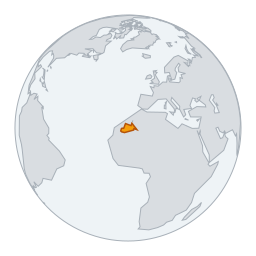 the Earth from above Tiris Zemmour, rotated 20°
{"feature_id": "MRT-2783", "entity_name": "Tiris Zemmour", "entity_type": "Region", "adm_level": 1, "iso_a3": "MRT", "parent_name": "Mauritania", "parent_adm1": "", "projection": "orthographic", "projection_center": [-9.84, 24.319], "detail": "fine", "context": "on_globe", "style": "filled", "palette": "amber", "viewbox_px": 256, "rotation_deg": 20, "n_neighbors": 0, "source": "natural_earth", "source_scale": "10m", "svg_char_len": 10042}
<svg xmlns="http://www.w3.org/2000/svg" viewBox="0 0 256 256"><g transform="rotate(20 128 128)"><circle cx="128" cy="128" r="113" fill="#eef3f6" stroke="#a8b0b8"/><path d="M52.7,44.2L59.9,38.5L57.3,40.6L60.0,38.6L63.4,36.0L64.9,34.8L78.8,27.1L90.8,21.7L91.9,21.3L92.9,21.0L93.8,20.7L94.0,20.6L104.9,17.8L103.8,18.0L104.7,17.9L107.6,17.2L110.8,16.7L106.5,17.6L111.7,16.9L108.3,18.3L95.5,22.3L94.9,23.9L85.2,30.4L87.4,30.0L85.2,32.6L86.9,33.1L84.6,34.5L88.0,33.7L89.7,32.4L91.8,31.7L92.9,32.0L90.2,33.7L89.2,33.8L89.1,34.5L87.2,35.3L88.8,35.0L85.4,37.3L90.5,35.6L89.2,37.8L86.4,39.1L84.5,38.3L73.5,40.5L70.1,42.2L67.3,45.1L66.6,51.8L63.8,54.2L61.7,57.9L64.2,56.7L66.8,53.4L71.0,52.5L73.7,48.9L75.7,48.2L79.4,45.1L81.2,46.4L80.9,49.5L78.0,52.2L77.8,53.8L82.5,52.1L78.8,58.4L79.6,65.0L78.4,66.8L72.7,68.1L67.9,65.5L60.4,68.4L67.6,67.5L64.5,72.4L64.9,73.8L66.5,74.3L68.6,73.0L68.0,75.0L60.7,76.3L61.1,74.5L63.4,74.0L61.1,72.9L56.2,74.4L55.0,77.1L48.8,77.4L47.9,79.5L46.0,80.9L47.9,77.5L44.4,83.7L36.9,87.0L31.9,98.3L34.2,87.9L33.5,85.4L32.2,83.6L31.3,85.3L30.7,81.3L28.1,82.6L24.0,90.3L21.6,97.9L22.6,101.2L24.3,98.4L25.8,99.9L21.6,108.3L23.8,113.6L21.8,120.8L22.0,125.8L23.8,126.7L25.5,130.5L27.8,127.5L31.0,127.2L29.9,133.4L32.5,129.0L33.7,133.1L40.7,136.9L39.9,138.1L45.7,148.6L53.6,155.1L55.4,160.3L54.3,162.7L57.4,164.6L57.5,166.4L71.5,173.2L79.9,179.5L80.5,185.5L75.1,190.8L74.0,203.2L65.4,204.4L65.7,208.9L63.5,213.5L57.9,210.7L62.2,215.0L61.3,215.8L58.4,214.4L60.2,216.5L58.2,215.3L61.2,217.7L61.5,218.8L65.6,221.7L66.2,222.2L55.3,214.0L53.9,212.8L47.5,206.3L44.4,201.7L35.9,184.3L33.4,179.7L28.3,172.1L21.8,153.7L22.3,148.7L21.5,144.9L24.3,139.0L24.4,130.1L23.6,127.9L22.3,130.0L20.4,121.5L20.9,114.0L21.3,93.0L22.6,88.7L24.7,83.7L35.5,63.7L25.9,80.5L27.7,76.8L31.7,69.6L36.3,62.7L41.3,56.1L46.8,49.9L52.7,44.2ZM30.2,101.8L32.8,111.3L29.8,109.5L30.7,109.0L30.3,105.8L29.2,101.8L27.0,100.8L30.2,101.8ZM34.6,97.6L34.0,96.5L34.8,97.2L34.6,97.6ZM65.4,34.5L63.3,36.1L59.7,38.8L61.2,37.4L65.4,34.5ZM72.5,30.1L72.0,30.5L69.0,32.1L70.2,31.4L72.5,30.1ZM78.2,44.6L78.7,44.8L77.8,45.3L78.2,44.6ZM79.2,43.1L77.6,43.5L77.9,42.8L78.8,42.6L79.2,43.1ZM81.1,42.9L78.5,41.7L79.0,40.6L83.1,39.0L81.1,42.9ZM114.7,16.2L119.2,15.7L119.6,15.7L120.0,15.6L121.1,15.8L115.9,16.0L112.4,16.5L114.1,16.2L113.7,16.3L114.7,16.2ZM89.8,31.9L87.9,33.3L88.4,31.9L89.8,31.9ZM89.5,31.2L87.9,28.5L91.2,26.8L91.1,27.9L94.4,25.7L96.8,26.2L95.5,27.5L92.9,28.5L95.8,27.9L89.5,31.2ZM120.9,16.1L121.8,16.2L120.3,16.2L120.9,16.1ZM92.6,31.4L92.0,30.9L94.8,29.3L96.5,30.0L95.1,30.3L92.6,31.4ZM94.1,25.0L96.5,24.1L99.1,24.2L100.4,23.9L97.2,26.0L94.1,25.0ZM95.0,30.8L97.3,30.4L97.1,31.5L93.4,31.8L95.0,30.8ZM94.8,28.6L96.2,28.0L96.0,28.5L94.8,28.6ZM97.5,35.4L96.7,34.6L98.1,33.7L97.5,35.4ZM98.2,30.3L98.3,29.9L98.7,29.5L100.2,29.6L98.2,30.3ZM99.2,26.0L99.8,26.3L100.7,25.1L102.6,25.3L100.1,26.8L102.0,26.2L102.6,26.3L99.9,27.4L99.2,26.0ZM103.0,28.5L100.5,30.7L101.7,32.2L100.5,33.0L98.8,30.5L103.0,28.5ZM101.4,27.7L102.1,28.3L100.3,28.9L98.7,28.9L101.4,27.7ZM104.9,24.9L102.5,24.3L103.1,24.0L104.9,24.9ZM103.7,28.8L104.3,28.2L104.0,28.8L103.7,28.8ZM104.9,25.9L104.0,25.7L104.7,25.4L104.9,25.9ZM106.3,27.5L105.4,28.1L104.3,28.1L106.3,27.5ZM105.9,26.7L107.2,26.3L104.4,27.7L105.4,26.6L105.9,26.7ZM105.8,25.7L105.9,25.4L106.1,25.8L105.8,25.7ZM111.0,27.5L107.8,29.2L105.3,29.0L108.8,27.3L111.0,27.5ZM73.7,226.6L74.9,227.1L76.0,227.7L75.5,227.5L73.7,226.6ZM230.1,80.4L232.1,85.3L236.3,99.8L238.8,109.8L239.4,115.9L235.6,104.9L232.0,96.3L231.7,98.7L226.8,93.9L221.6,99.6L219.8,97.7L219.0,100.1L215.4,99.7L212.3,96.5L210.6,98.1L218.5,106.3L220.3,104.7L220.3,99.1L222.3,102.6L225.7,104.0L225.6,116.2L216.2,132.6L213.5,125.4L197.6,108.9L197.2,106.4L197.0,106.1L196.7,105.7L197.0,110.0L193.7,106.7L204.0,119.0L206.5,125.0L216.0,133.1L215.6,134.7L218.1,135.9L224.3,128.6L224.7,131.2L222.8,145.2L212.8,166.7L213.2,176.3L210.8,185.2L202.5,193.8L201.1,199.7L196.4,203.4L194.7,206.9L189.8,211.5L182.4,216.6L172.1,219.4L173.1,216.7L170.5,212.2L167.5,198.8L171.9,191.0L171.7,185.5L164.0,173.9L165.8,166.1L163.3,163.3L158.5,164.9L155.4,161.5L152.3,161.8L131.7,166.4L124.4,161.8L113.2,146.3L116.2,139.9L115.0,132.4L134.2,105.6L140.3,106.5L157.7,100.5L160.2,101.0L160.3,107.1L175.1,111.3L177.3,105.6L188.5,106.4L194.6,104.0L193.0,92.6L183.0,96.2L179.1,91.7L185.4,84.3L193.9,81.6L192.7,79.8L185.5,77.6L185.7,73.3L182.9,76.6L185.3,77.9L183.7,80.2L181.3,79.1L181.4,77.5L178.4,77.7L178.5,85.6L181.0,87.9L174.1,91.5L177.7,95.8L176.5,98.6L170.0,92.6L169.2,89.9L158.7,84.3L158.9,87.4L168.8,93.0L166.5,93.0L166.8,97.7L164.8,94.1L153.9,87.6L146.4,90.9L140.1,103.6L135.1,105.2L129.5,103.5L128.6,91.9L139.9,89.7L139.8,86.0L134.8,81.4L138.6,81.3L138.0,79.3L142.0,78.4L145.0,72.9L148.6,71.7L147.3,65.7L149.0,64.4L149.3,68.2L151.5,70.4L160.3,68.0L161.2,66.4L159.6,62.8L162.2,62.8L159.6,59.7L163.4,57.1L156.5,57.9L154.5,54.3L155.4,50.8L153.4,49.9L152.0,55.6L152.5,57.8L154.9,59.3L155.3,66.1L152.8,67.9L147.8,61.7L143.7,63.7L141.5,58.5L146.9,45.7L150.4,42.6L161.5,44.4L162.2,46.8L158.5,47.2L164.2,49.8L162.6,48.2L164.8,48.3L163.4,45.3L164.9,45.3L161.0,42.6L162.6,42.3L165.1,44.0L164.4,39.7L167.1,38.6L166.3,37.7L164.6,37.0L169.2,36.3L168.3,35.6L166.5,35.6L163.6,34.4L160.3,32.2L162.1,32.1L163.5,32.8L169.2,34.5L172.7,36.9L173.1,36.6L170.5,34.6L163.6,32.5L161.1,31.2L164.3,31.9L162.9,31.5L162.3,30.9L163.3,30.2L159.7,29.4L149.9,23.7L150.8,22.1L154.8,23.1L149.8,20.0L151.3,19.2L149.6,19.1L146.0,17.9L145.5,18.1L144.5,18.0L135.1,16.1L134.3,15.8L128.4,15.5L127.5,15.6L127.8,15.7L121.1,15.8L120.0,15.6L128.0,15.4L135.9,15.6L143.9,16.5L151.7,17.9L159.5,19.8L167.1,22.4L174.5,25.4L181.6,28.9L188.5,33.0L195.1,37.5L201.3,42.5L207.2,47.9L212.7,53.7L217.7,59.9L222.3,66.4L226.4,73.3L230.1,80.4ZM130.0,119.1L130.0,121.4L130.0,119.1ZM204.5,84.3L208.5,82.3L203.7,76.9L204.8,75.8L202.8,74.5L203.4,76.5L198.0,72.8L198.6,70.0L196.6,67.6L195.1,68.2L194.9,74.1L202.6,79.2L203.0,82.4L204.5,84.3ZM41.0,137.0L41.7,138.7L40.5,138.1L41.0,137.0ZM28.7,111.7L29.6,112.8L29.8,114.2L29.0,113.8L28.7,111.7ZM38.2,119.2L39.6,120.7L37.8,120.2L38.2,119.2ZM33.3,112.6L37.0,118.2L33.6,118.0L31.4,114.6L33.3,115.4L33.3,112.6ZM32.6,100.7L33.0,101.7L32.4,102.7L32.6,100.7ZM35.2,98.2L34.9,98.0L35.0,96.8L35.2,98.2ZM64.9,72.3L65.5,72.3L66.7,73.2L65.4,73.6L64.9,72.3ZM76.2,73.2L75.0,76.6L75.0,74.3L73.0,75.3L70.5,72.0L77.7,67.5L74.9,70.0L76.2,73.2ZM69.1,66.8L69.9,69.1L68.8,66.8L69.1,66.8ZM130.5,70.3L132.8,71.2L132.5,73.6L127.8,76.0L128.2,72.4L130.5,70.3ZM136.0,72.1L132.2,65.8L135.0,64.3L134.1,66.1L136.3,65.8L135.4,68.7L141.6,73.8L141.8,76.4L133.1,78.8L135.9,76.5L133.5,75.6L136.0,72.1ZM117.9,55.0L116.4,53.1L124.3,52.4L124.9,54.3L120.3,56.6L116.9,55.6L117.9,55.0ZM88.7,40.6L87.6,40.5L88.4,39.9L89.9,39.6L88.7,40.6ZM97.0,35.1L94.4,41.0L93.0,41.0L93.1,44.8L89.4,46.5L89.5,43.9L86.8,48.2L85.3,46.5L83.9,49.5L84.3,43.6L82.9,42.5L85.9,43.0L89.3,41.5L90.4,40.5L92.3,37.1L90.9,34.3L94.1,32.6L96.7,32.2L97.5,32.6L95.2,33.5L97.9,33.4L95.2,35.0L97.0,35.1ZM125.3,31.9L122.3,32.1L127.3,33.6L124.6,34.6L125.3,34.8L124.2,36.2L124.2,38.3L122.7,38.6L123.3,39.3L122.6,40.5L123.0,41.6L120.3,42.6L120.6,44.1L119.2,43.8L120.3,46.2L118.3,44.9L117.2,46.5L119.7,46.9L104.6,51.3L99.9,54.7L97.0,58.3L93.9,56.0L94.7,51.4L97.6,46.3L102.6,43.6L100.3,43.2L102.1,41.9L103.1,42.7L102.5,40.7L104.2,39.9L106.8,36.3L104.8,34.2L105.7,32.9L107.4,33.4L107.1,31.9L110.8,31.9L111.6,31.1L116.0,30.4L118.7,32.0L119.3,31.0L122.7,30.6L125.3,31.9ZM112.3,27.3L116.2,28.6L116.6,29.9L108.8,30.5L107.6,31.2L102.6,32.0L102.1,30.2L103.6,30.1L104.9,29.6L104.5,30.3L105.8,29.4L107.9,29.3L109.4,28.6L110.3,29.1L112.3,27.3ZM161.8,98.4L163.5,98.2L165.9,97.4L166.1,100.5L161.8,98.4ZM154.3,94.0L155.7,93.4L157.2,97.1L155.4,97.3L154.3,94.0ZM155.1,90.0L155.6,93.0L154.3,91.6L155.1,90.0ZM150.4,67.5L151.7,66.7L152.4,67.5L152.2,68.9L150.4,67.5ZM139.7,37.5L137.9,37.1L137.9,36.7L135.0,34.8L136.8,34.0L139.2,34.8L139.7,37.5ZM192.0,95.1L191.0,97.8L189.8,97.1L190.4,96.3L192.0,95.1ZM178.5,99.5L182.2,99.9L178.6,100.3L178.5,99.5ZM141.1,36.3L139.7,35.6L141.4,35.7L141.1,36.3ZM137.9,33.4L139.8,33.3L136.7,33.8L137.9,33.4ZM222.4,177.1L213.6,194.2L210.5,196.1L211.5,192.4L215.8,182.7L220.0,178.0L222.5,172.8L222.4,177.1ZM239.0,110.5L239.9,115.2L240.0,117.2L239.0,110.5ZM154.2,30.6L156.3,33.8L159.0,36.1L162.3,37.0L158.5,37.2L154.4,33.8L154.2,30.6ZM150.2,24.4L147.3,23.9L147.9,23.5L148.7,23.5L150.2,24.4ZM148.9,24.6L146.5,25.3L144.5,24.6L146.8,24.2L148.9,24.6ZM144.0,30.3L144.5,31.2L143.0,31.1L144.0,30.3ZM122.6,16.0L121.9,16.2L121.7,16.0L122.6,16.0ZM144.3,18.2L142.7,18.0L142.5,17.7L144.3,18.2ZM138.5,17.5L139.7,17.9L137.6,17.6L138.5,17.5ZM142.8,18.9L139.9,18.1L143.7,18.9L142.8,18.9Z" fill="#d9dde1" stroke="#a8b0b8" stroke-width="1"/><path d="M130.0,122.2L130.4,122.4L130.7,122.6L131.1,122.8L131.4,123.1L131.8,123.3L132.1,123.5L132.5,123.7L132.8,124.0L133.2,124.2L133.5,124.4L133.9,124.6L134.2,124.8L134.5,125.0L134.8,125.2L135.1,125.4L135.4,125.5L135.5,125.6L136.0,125.9L136.3,126.1L136.6,126.3L136.9,126.5L136.5,126.5L136.1,126.5L135.8,126.5L135.4,126.6L135.0,126.6L134.6,126.6L134.2,126.6L133.8,126.6L133.8,126.8L133.8,127.1L133.9,127.4L133.9,127.5L134.0,127.9L134.0,128.0L126.3,133.5L123.4,133.8L122.2,133.3L122.1,132.5L122.1,132.0L122.1,131.5L122.1,131.4L122.0,131.1L122.0,130.9L122.2,130.5L122.3,130.5L122.4,130.4L122.7,130.2L122.9,130.1L123.0,130.0L123.4,129.9L123.5,129.9L123.9,129.7L124.0,129.7L124.1,129.4L124.1,129.1L124.1,128.8L124.1,128.7L124.1,128.4L124.1,128.2L124.1,127.9L124.1,127.6L124.1,127.3L124.1,127.2L124.1,126.9L124.1,126.6L124.1,126.3L124.1,126.2L124.1,125.9L124.1,125.7L124.1,125.4L124.1,125.1L124.2,124.8L124.2,124.7L124.3,124.7L124.5,124.7L124.9,124.7L125.0,124.7L125.4,124.7L125.6,124.7L125.8,124.7L126.1,124.7L126.3,124.7L126.5,124.7L126.8,124.7L127.0,124.7L127.4,124.7L127.5,124.7L127.9,124.7L128.1,124.7L128.4,124.7L128.6,124.7L128.8,124.7L129.0,124.7L129.3,124.7L129.5,124.7L129.9,124.7L130.0,124.7L130.0,124.3L130.0,124.2L130.0,123.8L130.0,123.6L130.0,123.4L130.0,123.1L130.0,122.9L130.0,122.7L130.0,122.4L130.0,122.2L130.0,122.2Z" fill="#f59e0b" stroke="#b45309" stroke-width="1.5"/></g></svg>